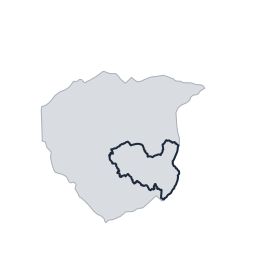 Zimbabwe, with Mashonaland West highlighted, rotated 135°
{"feature_id": "ZWE-533", "entity_name": "Mashonaland West", "entity_type": "Province", "adm_level": 1, "iso_a3": "ZWE", "parent_name": "Zimbabwe", "parent_adm1": "", "projection": "orthographic", "projection_center": [29.817, -17.238], "detail": "fine", "context": "in_parent", "style": "outline", "palette": "slate", "viewbox_px": 256, "rotation_deg": 135, "n_neighbors": 0, "source": "natural_earth", "source_scale": "10m", "svg_char_len": 7251}
<svg xmlns="http://www.w3.org/2000/svg" viewBox="0 0 256 256"><g transform="rotate(135 128 128)"><path d="M173.7,204.3L171.9,203.0L169.3,202.1L166.0,201.7L161.8,201.9L156.5,202.6L150.9,201.7L144.9,199.3L140.0,198.4L134.0,199.5L133.8,199.5L132.7,198.7L131.1,197.0L128.4,196.7L127.6,196.3L127.0,195.6L126.6,194.8L126.5,193.9L126.9,191.0L126.6,190.6L125.9,190.3L124.4,190.0L120.8,188.7L116.3,187.4L109.0,186.1L106.1,185.8L105.5,185.3L104.6,184.3L103.2,181.0L101.8,178.8L98.6,175.5L98.1,174.4L98.2,171.8L98.4,169.6L98.8,167.7L98.6,166.0L98.5,163.9L98.6,162.5L98.1,161.8L97.0,161.4L93.7,161.3L89.8,161.4L89.6,159.2L89.2,155.9L88.4,153.9L87.5,152.9L85.6,151.9L81.9,150.5L76.8,148.4L72.5,145.3L67.4,141.3L65.9,140.6L64.0,136.9L61.1,130.5L61.2,128.3L60.8,127.3L58.0,124.1L57.3,122.5L56.8,120.8L52.4,116.3L50.9,114.3L49.7,111.7L48.5,109.6L47.6,108.8L46.3,107.4L45.4,105.8L45.0,104.6L45.3,103.0L45.7,101.8L49.8,102.9L52.1,103.0L53.8,102.4L56.0,103.1L58.7,105.1L61.5,105.5L64.5,104.1L68.7,104.4L73.9,106.4L78.3,106.8L83.4,104.8L87.9,99.6L92.2,94.7L96.4,89.0L98.9,84.4L102.6,80.7L107.6,77.8L112.6,75.4L120.4,72.4L121.9,70.0L122.4,67.3L122.4,63.6L122.8,61.2L123.6,60.1L124.9,59.3L126.6,58.2L131.7,55.4L136.0,53.6L141.3,52.4L147.0,52.4L152.6,52.4L155.7,52.4L155.7,55.9L156.0,59.9L156.6,60.3L160.7,60.4L167.4,60.7L173.8,61.0L177.9,63.9L179.3,64.6L183.5,65.4L188.9,70.3L195.5,70.8L200.0,72.4L203.9,74.1L206.1,76.1L207.6,76.6L209.6,76.7L210.6,76.9L210.3,78.4L209.0,80.8L209.1,84.2L210.8,89.1L211.0,93.2L210.3,100.6L210.2,107.7L210.4,110.3L210.6,112.0L211.0,112.9L210.9,114.0L209.8,117.0L208.9,120.1L208.8,121.4L208.5,122.2L207.8,123.0L205.0,124.4L204.5,125.3L204.5,127.0L204.8,128.3L205.8,128.8L207.1,129.6L207.6,130.7L207.6,131.8L207.1,133.7L205.9,137.0L207.0,140.9L208.2,143.4L209.9,146.2L210.6,148.0L210.5,149.3L210.2,150.5L207.6,155.7L205.6,158.9L203.3,162.3L200.2,164.5L199.4,165.5L199.1,166.7L199.2,169.3L199.0,172.0L196.4,176.2L197.9,179.8L197.5,180.1L196.6,180.6L192.9,184.6L189.1,188.7L186.3,191.6L183.2,195.0L179.7,198.8L176.7,202.0L173.7,204.3Z" fill="#d9dde1" stroke="#a8b0b8" stroke-width="1"/><path d="M143.6,51.7L144.6,51.8L146.4,52.3L147.4,52.4L148.2,52.3L149.1,52.0L149.9,51.9L150.8,52.1L151.4,52.5L151.6,52.6L152.0,52.5L152.5,52.1L153.2,52.1L153.5,52.3L153.5,52.5L153.5,53.4L153.6,53.7L153.8,54.0L154.1,54.8L154.0,55.1L153.9,55.4L148.2,60.3L148.1,60.7L148.2,60.9L148.5,61.1L149.0,61.3L149.1,61.6L149.0,62.4L149.0,62.7L149.3,63.1L149.4,63.6L149.5,63.8L150.1,63.9L150.2,64.0L150.3,64.1L150.3,64.3L150.2,64.6L149.6,64.9L149.5,65.0L149.2,65.5L149.1,65.8L149.2,66.7L149.2,67.2L149.1,67.4L148.8,67.6L148.6,67.9L148.2,68.8L148.2,69.0L148.4,69.2L148.7,69.3L148.9,69.3L149.0,69.2L149.2,68.8L149.3,68.7L149.6,68.6L149.8,68.6L150.4,68.7L150.5,68.6L150.7,68.4L150.9,68.3L151.5,68.1L151.7,67.9L151.8,67.7L151.7,66.9L151.7,66.7L151.9,66.5L152.1,66.4L152.9,66.4L153.3,66.4L153.5,66.5L153.9,67.5L154.3,68.0L154.5,68.0L155.8,68.0L156.1,68.1L156.2,68.4L156.5,69.2L156.5,69.6L156.1,70.4L156.0,71.1L155.9,71.8L155.6,72.3L155.4,72.8L155.3,73.8L155.3,74.0L155.8,74.9L156.2,75.1L156.5,75.3L157.0,75.4L157.9,76.0L158.3,76.8L158.1,77.3L158.7,77.6L158.9,78.1L159.0,78.4L158.9,78.6L158.8,78.8L158.4,79.3L158.4,79.7L158.5,81.7L158.5,81.9L158.6,82.0L159.0,82.3L159.1,82.5L158.8,82.9L158.8,83.5L158.9,84.0L159.1,84.2L159.3,84.2L160.0,84.2L160.3,84.3L161.0,83.9L161.3,83.9L161.5,84.3L162.0,84.2L162.3,84.1L162.8,84.3L162.9,84.5L162.6,86.5L162.6,86.8L162.2,87.2L162.0,87.6L161.5,88.0L161.4,88.2L161.4,88.3L161.7,88.5L161.7,88.8L160.9,90.3L160.5,90.8L160.5,91.1L160.7,92.3L160.8,92.7L160.8,93.0L160.5,94.9L160.5,95.4L160.7,95.6L163.8,95.6L163.8,96.1L163.6,96.7L163.6,96.9L163.7,97.0L163.9,97.1L165.0,97.6L166.5,98.5L167.0,98.1L167.5,98.2L168.1,99.2L167.9,99.9L167.3,100.6L167.0,100.7L166.6,100.9L166.5,101.0L166.4,101.1L166.4,101.6L166.6,101.9L166.6,102.2L166.4,102.5L166.4,102.8L167.0,103.2L167.1,103.3L167.2,103.5L167.3,103.7L167.3,103.8L167.2,103.9L166.5,104.1L165.9,104.3L165.5,104.0L164.7,103.7L164.5,103.9L164.5,104.2L164.5,104.4L164.6,104.9L164.6,105.0L164.4,105.2L164.0,105.4L163.8,105.6L163.8,105.9L163.8,106.2L164.1,107.0L163.7,107.6L163.4,108.5L163.4,108.8L163.4,109.0L163.3,109.3L162.9,109.9L162.7,110.1L162.5,110.3L162.2,110.4L162.1,110.6L162.1,111.6L162.2,111.8L162.4,112.1L163.2,112.9L163.8,113.5L164.1,114.0L164.0,114.3L163.6,114.6L163.4,115.0L163.2,118.3L163.2,118.5L162.9,118.9L162.0,119.8L161.0,121.5L160.9,121.6L160.8,121.4L160.7,121.4L160.2,121.2L160.0,121.5L160.1,122.0L159.6,122.1L159.2,121.9L158.6,121.7L158.5,121.8L158.6,122.3L158.4,122.5L158.0,122.6L157.7,122.6L157.3,121.8L157.2,121.6L156.9,120.8L156.8,120.6L156.6,120.7L156.5,120.9L155.5,122.8L155.3,124.0L155.2,124.4L154.8,124.7L153.9,123.9L153.4,123.7L152.9,123.6L152.4,123.3L152.0,123.2L151.2,122.4L150.9,122.2L150.6,122.1L149.9,121.9L149.2,122.0L148.7,121.9L148.0,121.6L147.5,121.5L146.8,121.1L146.6,121.1L146.1,121.2L145.7,121.5L144.8,121.3L144.0,121.0L143.6,120.8L143.4,120.8L143.3,120.5L143.1,120.4L142.9,120.3L142.4,120.1L141.9,120.1L141.5,119.7L141.2,119.6L140.9,119.5L140.2,119.4L139.8,119.5L139.6,119.4L138.8,118.9L138.1,118.7L137.8,118.3L137.7,117.9L137.7,117.7L137.8,117.2L137.7,116.0L137.8,115.8L138.0,115.6L138.0,115.1L138.3,114.3L138.3,114.0L138.3,113.9L138.2,113.7L137.4,113.4L134.4,111.5L133.9,111.3L133.7,111.2L133.2,110.6L132.4,110.1L131.9,109.5L131.6,109.0L131.0,108.4L130.9,108.2L130.9,107.9L130.5,107.4L130.3,107.2L130.3,106.9L130.1,106.6L130.1,106.1L130.0,105.5L130.0,105.4L130.1,105.2L130.1,104.8L130.3,104.5L130.9,103.1L131.1,102.7L131.3,102.4L131.7,101.8L131.8,101.0L132.4,100.4L132.5,100.1L132.2,99.6L132.2,99.3L132.6,99.0L132.8,98.7L132.8,98.4L132.8,97.9L132.9,97.3L132.9,96.7L132.5,96.3L132.5,96.1L132.5,95.9L133.0,95.5L133.2,95.0L133.4,94.8L133.9,94.4L134.1,94.2L134.3,93.8L134.2,93.7L133.7,93.4L133.3,93.3L131.9,91.6L131.8,91.3L131.6,90.6L131.4,90.3L131.3,90.1L130.8,89.8L130.5,89.8L130.1,89.9L129.8,89.9L128.4,89.4L127.9,89.1L127.3,88.9L126.7,88.4L125.2,87.9L124.8,87.4L124.6,87.1L124.3,86.6L124.2,86.1L123.9,85.8L123.7,85.9L122.9,86.4L122.6,86.5L122.0,86.4L121.7,86.4L120.5,86.8L119.7,87.3L119.6,87.5L119.4,87.8L119.2,87.9L118.5,87.9L118.4,87.9L118.2,88.0L117.2,89.2L116.7,90.0L115.9,91.1L115.4,91.4L115.2,91.8L114.9,91.8L114.5,91.5L114.4,91.5L114.2,91.7L113.3,91.5L112.9,91.6L110.7,92.1L110.5,92.3L110.2,92.3L109.5,92.2L109.2,91.2L109.0,90.9L108.7,90.8L108.4,90.7L108.2,90.4L107.8,90.1L107.7,90.0L107.5,89.2L107.5,88.6L107.2,88.2L107.3,87.8L107.3,87.6L107.1,87.2L107.0,86.9L107.1,86.4L107.0,86.2L106.7,86.1L106.2,86.2L105.7,85.4L105.3,85.2L105.1,85.1L105.0,84.9L105.1,84.4L105.4,83.6L105.4,83.4L105.2,83.3L104.9,83.1L105.0,81.8L104.6,80.0L106.5,79.1L108.6,77.3L110.1,76.4L117.9,73.2L118.9,73.0L119.5,73.0L119.8,73.0L120.4,72.4L120.6,72.0L121.4,71.4L121.7,71.0L121.9,70.2L122.5,69.1L122.5,68.6L122.1,67.7L122.0,67.3L122.1,66.8L122.6,65.6L122.2,65.0L122.3,64.1L122.6,63.1L122.7,62.4L122.5,62.0L122.4,61.8L122.5,61.5L122.9,60.9L123.3,60.3L124.0,59.6L124.4,59.4L124.9,59.3L125.9,59.3L126.4,59.2L126.7,58.9L127.1,58.0L127.4,57.8L127.7,57.5L128.1,57.2L128.6,57.1L128.8,57.0L129.5,56.2L134.3,54.0L134.6,53.9L136.5,53.7L136.9,53.5L137.7,52.8L138.2,52.6L139.5,52.9L140.0,52.8L141.3,52.4L142.2,52.2L143.1,51.8L143.6,51.7Z" fill="none" stroke="#1e293b" stroke-width="2"/></g></svg>